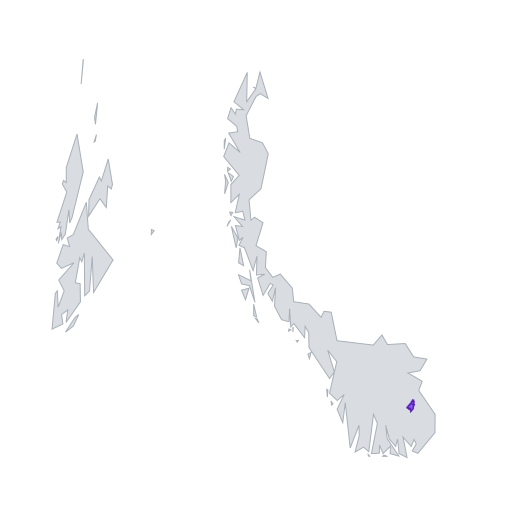 location of Kviteseid nor, Telemark, Norway, rotated 278°
{"feature_id": "86288312B3743055335069", "entity_name": "Kviteseid nor", "entity_type": "district", "adm_level": 2, "iso_a3": "NOR", "parent_name": "Norway", "parent_adm1": "Telemark", "projection": "robinson", "projection_center": [8.487, 59.408], "detail": "fine", "context": "in_parent", "style": "filled", "palette": "violet", "viewbox_px": 512, "rotation_deg": 278, "n_neighbors": 0, "source": "geoboundaries", "source_scale": "gbopen_adm2", "svg_char_len": 5542}
<svg xmlns="http://www.w3.org/2000/svg" viewBox="0 0 512 512"><g transform="rotate(278 256 256)"><path d="M310.7,241.3L290.7,246.0L294.2,249.2L289.9,258.3L266.2,254.6L261.7,265.6L245.8,266.9L237.2,275.6L241.5,282.5L229.3,296.4L216.0,299.7L215.8,315.1L204.4,328.9L210.7,331.1L210.8,338.3L183.4,348.0L184.1,384.5L195.3,391.7L186.6,398.5L190.1,415.9L178.0,426.2L177.7,439.6L165.2,434.4L161.3,422.7L155.1,438.0L145.5,435.9L124.1,455.4L106.0,457.8L83.1,443.7L84.7,437.9L92.2,440.8L96.3,438.1L89.0,436.2L97.1,426.8L77.4,433.6L80.3,425.2L94.3,421.7L86.9,420.8L93.3,413.5L106.4,408.0L93.5,411.3L77.8,425.3L78.9,416.3L86.3,415.6L78.1,409.3L86.0,404.6L77.9,405.6L76.4,397.8L107.1,399.5L115.7,394.4L78.0,394.9L81.6,389.1L75.7,381.4L91.9,383.2L102.7,381.6L79.0,376.0L123.2,364.8L103.0,365.1L115.5,357.7L131.1,362.6L124.2,356.5L130.4,347.9L162.6,350.7L172.7,340.1L152.2,349.7L144.9,345.9L172.7,321.2L187.4,318.9L193.2,314.4L181.9,315.5L194.4,302.9L190.7,300.3L208.5,296.6L195.5,297.8L196.5,290.2L208.9,281.3L227.3,279.8L213.5,278.5L220.5,272.9L229.7,277.1L230.9,273.9L218.0,268.5L234.5,260.7L239.2,267.2L237.2,259.1L255.9,257.0L241.2,255.1L262.5,243.5L264.2,237.6L272.7,240.5L269.1,237.3L283.3,231.4L283.4,238.5L291.9,228.8L290.0,240.0L298.4,236.7L296.0,229.4L314.8,230.9L305.4,223.7L323.3,221.2L333.5,228.1L350.0,210.2L364.3,213.5L356.3,225.9L373.9,211.8L376.5,220.6L381.7,218.9L388.1,208.7L399.3,210.7L393.6,215.9L398.7,216.1L399.1,223.4L405.7,212.7L436.6,221.8L407.5,225.3L421.4,232.5L438.7,234.3L413.7,246.0L417.3,237.6L414.0,233.9L393.6,226.7L371.6,233.5L369.1,246.6L358.9,253.9L323.3,251.6L310.7,241.3ZM221.2,59.7L240.5,63.5L239.3,70.1L247.6,66.6L251.7,72.1L285.6,80.5L259.2,86.2L232.2,115.0L197.2,100.2L232.7,93.9L198.1,96.0L192.8,91.9L235.0,85.6L226.0,84.3L229.8,81.7L204.3,80.8L204.1,85.7L186.1,88.5L163.8,77.1L176.4,77.1L171.0,71.6L161.8,74.2L155.2,64.2L191.1,62.5L193.9,64.1L177.7,67.2L194.8,70.9L204.7,64.0L224.0,76.7L216.7,65.0L221.2,59.7ZM261.7,54.2L293.0,59.7L300.3,54.2L304.1,54.9L302.4,57.9L317.1,55.8L351.8,61.8L315.3,73.2L268.6,68.5L262.9,66.9L275.8,64.3L251.2,64.1L245.3,61.4L252.2,59.8L240.9,58.5L257.8,58.8L255.4,56.1L262.4,57.4L261.7,54.2ZM288.6,82.8L312.4,89.9L308.8,92.4L331.5,96.2L306.9,103.9L302.2,103.3L304.7,99.4L283.2,101.0L291.0,93.5L272.1,84.7L288.6,82.8ZM230.7,254.5L241.5,251.6L210.0,261.4L225.8,253.5L226.3,245.6L235.0,241.3L230.7,254.5ZM246.9,239.7L261.8,239.0L244.7,245.1L246.9,239.7ZM261.3,235.2L281.9,227.5L271.3,235.6L261.3,235.2ZM154.1,77.9L169.8,85.3L173.4,88.6L161.2,84.9L154.1,77.9ZM220.1,246.4L223.1,253.5L211.2,251.7L220.1,246.4ZM332.5,213.5L324.9,218.3L313.2,216.3L326.3,215.4L332.5,213.5ZM334.5,217.0L331.5,222.6L326.5,221.1L334.5,217.0ZM196.6,262.0L208.0,260.4L195.7,265.1L196.6,262.0ZM426.1,57.8L401.9,58.9L426.8,57.5L426.1,57.8ZM371.1,76.8L385.7,77.8L364.1,78.7L371.1,76.8ZM357.4,209.7L365.7,208.5L368.6,209.6L357.4,209.7ZM339.8,215.6L338.5,218.6L335.9,216.0L339.8,215.6ZM295.8,223.8L296.0,226.8L292.6,225.7L295.8,223.8ZM267.7,148.7L266.9,151.6L262.7,149.3L267.7,148.7ZM354.0,81.1L347.2,80.8L346.4,79.8L354.0,81.1ZM165.9,321.1L168.2,323.9L161.8,323.2L165.9,321.1ZM281.3,223.1L285.7,224.3L288.3,226.0L281.3,223.1ZM244.9,55.7L247.9,57.2L243.5,56.6L244.9,55.7ZM133.4,345.9L126.1,346.3L133.8,344.6L133.4,345.9ZM122.9,350.5L120.2,352.8L118.9,351.6L122.9,350.5ZM193.9,265.8L190.1,268.3L194.2,264.0L193.9,265.8ZM76.7,410.4L75.8,414.1L75.3,409.3L76.7,410.4ZM187.8,300.8L186.1,298.7L188.3,298.8L187.8,300.8ZM422.8,229.6L422.3,232.1L422.0,231.7L422.8,229.6ZM189.9,302.8L185.8,303.2L190.7,302.3L189.9,302.8ZM177.9,307.6L178.3,309.6L176.4,309.0L177.9,307.6ZM75.1,394.7L73.3,396.9L73.7,395.1L75.1,394.7Z" fill="#d9dde1" stroke="#a8b0b8" stroke-width="1"/><path d="M127.0,432.9L127.3,432.8L127.5,432.8L127.8,432.8L128.0,432.8L128.3,432.8L128.5,432.8L128.8,432.8L129.0,432.8L129.5,433.1L129.8,433.1L130.0,433.1L130.4,433.2L130.5,433.2L130.7,433.3L130.7,433.2L130.8,433.1L130.9,432.9L130.8,432.7L130.7,432.7L130.6,432.3L130.8,432.3L131.0,432.2L131.3,432.3L131.5,432.4L131.6,432.5L132.0,432.8L132.1,432.7L132.5,432.6L132.8,432.7L133.0,432.8L133.4,432.8L133.4,432.7L133.5,432.7L133.8,432.7L134.0,432.6L134.2,432.4L134.2,432.2L134.3,432.2L134.7,432.1L135.1,432.1L135.1,431.8L135.0,431.6L134.9,431.4L135.0,431.4L135.1,431.1L134.4,431.0L134.0,430.9L133.8,430.8L133.6,430.7L133.5,430.4L133.4,430.4L133.3,430.2L133.1,430.2L132.9,430.5L132.0,430.5L131.3,430.6L131.3,430.4L131.3,430.2L131.4,429.8L131.0,429.8L130.9,429.6L131.0,429.5L131.0,429.4L131.1,429.2L130.9,429.0L130.7,429.0L130.4,429.0L130.2,429.0L130.0,428.9L129.9,428.9L129.8,428.7L129.7,428.8L129.6,428.7L129.5,428.4L129.3,428.3L129.2,428.1L129.2,427.9L128.9,427.7L128.7,427.7L128.2,427.5L128.1,427.4L127.9,427.4L127.6,427.5L127.3,427.4L127.3,427.2L127.3,426.9L127.2,426.9L126.9,426.7L126.5,426.6L126.4,426.6L126.2,426.6L126.4,426.7L126.5,426.7L126.6,426.8L126.7,427.0L126.8,427.1L126.7,427.2L126.5,427.3L126.5,427.5L126.6,427.9L126.6,428.0L126.6,428.3L126.4,428.3L126.2,428.3L125.9,428.4L125.9,428.5L125.7,428.6L125.7,428.8L125.7,429.0L125.8,429.0L125.9,429.3L126.1,429.5L126.5,429.4L126.6,429.5L126.6,429.9L126.6,430.0L126.4,430.1L125.7,430.1L125.3,430.0L125.2,430.1L125.3,430.1L125.3,430.3L125.2,430.3L124.9,430.5L124.7,430.6L124.4,430.7L124.2,430.7L124.1,430.8L123.9,430.9L123.9,431.0L123.7,431.0L123.8,431.1L124.0,431.2L124.1,431.3L124.3,431.4L124.4,431.5L124.5,431.5L124.8,431.7L125.0,431.8L125.3,432.0L125.5,432.1L125.9,432.4L126.1,432.5L126.3,432.5L126.5,432.7L126.6,432.8L126.8,432.8L127.0,432.9Z" fill="#8b5cf6" stroke="#5b21b6" stroke-width="1.5"/></g></svg>